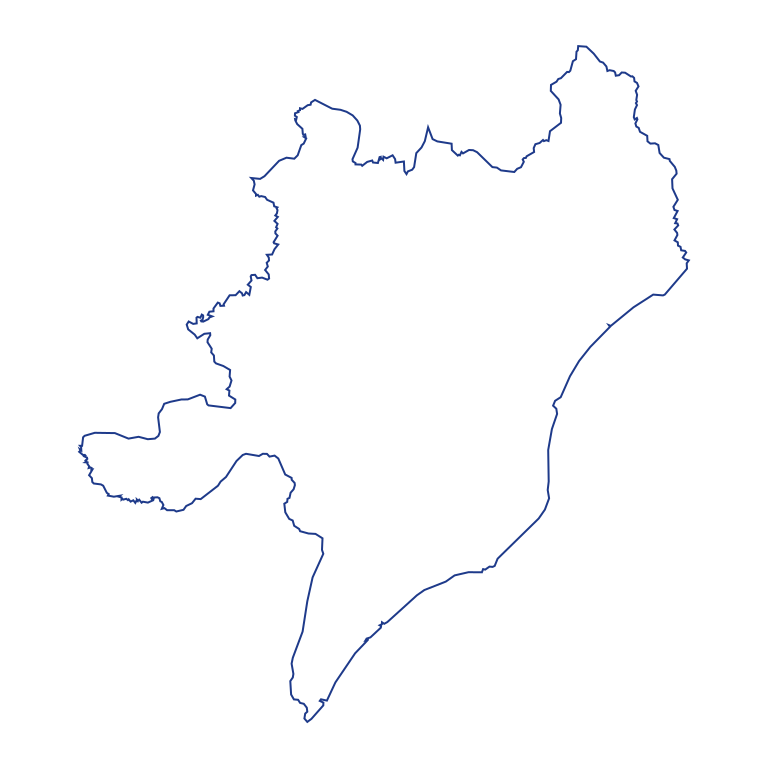 Malaka, Nusa Tenggara Timur, Indonesia
{"feature_id": "22746128B56140662064287", "entity_name": "Malaka", "entity_type": "district", "adm_level": 2, "iso_a3": "IDN", "parent_name": "Indonesia", "parent_adm1": "Nusa Tenggara Timur", "projection": "orthographic", "projection_center": [124.848, -9.546], "detail": "fine", "context": "isolated", "style": "outline", "palette": "blue", "viewbox_px": 768, "rotation_deg": 0, "n_neighbors": 0, "source": "geoboundaries", "source_scale": "gbopen_adm2", "svg_char_len": 6058}
<svg xmlns="http://www.w3.org/2000/svg" viewBox="0 0 768 768"><path d="M315.0,99.9L311.1,102.4L310.6,104.7L307.7,105.2L302.5,108.9L300.0,108.3L300.0,110.2L297.9,111.1L298.4,112.1L295.0,113.3L294.9,115.7L296.8,117.0L296.2,119.6L295.1,119.2L295.3,120.4L297.2,124.1L302.4,128.8L302.8,133.7L303.4,134.9L305.2,134.4L305.6,136.6L304.1,137.0L306.2,138.4L303.7,143.6L301.3,145.1L297.7,155.3L294.3,158.7L286.5,157.7L279.1,160.8L264.5,176.2L260.1,178.9L251.3,178.0L253.8,180.7L254.6,184.4L253.0,190.4L256.0,194.0L256.0,195.6L257.8,194.8L259.3,196.7L261.2,196.1L265.1,197.0L267.1,199.8L273.5,202.7L274.2,206.3L277.4,207.4L276.6,208.3L277.5,210.1L276.9,213.4L275.3,215.5L277.8,216.9L274.4,220.9L277.6,223.9L276.1,227.3L277.4,228.5L275.3,231.4L275.4,233.4L277.6,235.7L273.6,242.2L274.1,243.3L278.2,244.5L274.5,249.2L272.1,254.5L266.9,254.8L268.8,257.6L269.0,260.5L266.7,262.8L267.8,266.5L265.1,270.0L268.7,274.4L269.1,278.5L267.5,279.7L262.1,277.6L257.4,278.2L255.1,274.8L251.5,275.1L250.7,276.4L251.5,280.5L247.8,284.7L250.8,287.0L249.3,294.8L246.1,292.1L244.4,295.1L242.7,295.5L242.0,293.3L239.4,291.2L235.6,295.2L229.6,295.3L223.6,304.3L224.0,305.7L220.4,305.9L219.6,303.3L217.8,302.6L213.5,308.5L213.5,311.3L209.4,311.7L207.8,314.8L212.2,316.4L209.4,317.5L208.4,319.1L203.3,321.6L201.3,321.4L200.9,320.6L202.5,319.8L203.2,317.2L203.1,315.4L201.8,314.6L200.4,317.7L197.5,316.9L196.5,317.7L196.7,323.4L193.2,323.9L188.7,321.5L186.7,324.6L188.2,329.4L194.7,334.6L197.3,338.3L204.3,333.8L210.1,333.2L210.3,335.2L207.7,339.6L207.5,342.2L211.7,348.7L211.2,352.4L213.9,355.5L214.3,361.6L216.0,363.4L223.3,366.0L230.1,370.0L229.6,376.6L231.5,380.5L229.6,386.6L226.7,389.2L229.4,390.6L229.0,395.6L235.3,399.5L235.2,403.0L230.6,408.1L208.5,405.4L207.2,404.3L204.9,396.6L200.1,394.7L187.8,399.4L181.3,399.5L170.4,401.8L164.2,403.8L162.0,409.1L158.7,413.4L158.1,417.3L159.9,432.0L158.4,435.9L154.9,438.6L147.8,439.2L138.6,436.8L128.5,438.6L114.9,433.1L94.8,432.8L84.6,435.8L83.1,437.3L82.1,445.8L80.1,445.8L81.1,447.0L81.3,450.5L79.9,449.4L80.4,450.7L79.2,451.8L83.0,455.0L84.8,454.9L85.4,455.5L84.3,456.4L87.0,457.6L87.3,458.9L84.8,461.1L86.4,460.7L86.6,461.6L85.4,462.3L87.6,462.5L87.4,463.8L89.2,466.4L88.7,468.0L90.6,467.5L91.7,468.1L91.4,469.5L92.5,469.4L89.1,475.2L91.9,478.2L92.3,482.0L93.8,483.5L100.9,484.4L103.2,485.7L106.8,492.8L108.7,494.1L107.9,495.6L113.9,496.7L120.0,495.7L118.8,496.7L121.5,497.4L121.5,499.6L122.4,498.8L123.2,499.6L126.3,498.8L127.9,500.1L128.7,499.3L130.6,501.6L133.3,500.3L135.3,502.9L136.3,500.9L137.3,501.2L137.0,499.6L138.2,500.7L139.2,499.7L141.6,502.7L142.9,501.7L147.9,502.6L152.6,500.5L151.3,498.1L152.5,497.2L153.6,498.9L154.0,497.5L157.5,497.3L159.4,498.2L160.3,501.3L161.8,502.0L163.4,505.0L161.8,508.8L164.4,508.1L167.1,510.2L174.2,510.2L176.3,511.5L183.5,509.8L186.2,506.0L192.0,503.2L195.6,498.7L200.7,499.1L218.0,485.7L220.6,481.6L226.0,477.0L236.5,461.0L242.7,455.0L246.0,453.8L259.0,456.0L262.8,453.8L267.0,453.9L269.5,456.6L274.6,455.6L278.3,458.5L285.2,474.5L291.6,477.9L291.7,479.8L294.6,482.9L294.9,485.1L293.6,489.3L290.6,492.7L289.5,497.9L287.5,498.8L287.2,501.9L284.3,503.7L285.3,512.3L289.2,518.9L292.7,520.5L294.2,525.8L299.2,529.0L300.1,531.2L308.5,533.5L315.5,533.9L322.5,538.3L322.0,549.9L323.3,553.8L312.6,577.4L307.3,601.3L302.6,631.6L292.8,657.8L291.6,663.7L293.4,673.9L292.8,677.5L290.3,681.1L291.1,694.5L293.9,699.4L298.1,699.8L300.1,702.9L303.8,703.8L306.8,707.7L307.3,711.7L305.2,713.6L304.4,718.5L307.3,721.9L311.4,718.9L323.3,705.4L323.4,702.6L319.8,700.9L321.0,699.3L326.9,700.6L335.4,682.4L355.1,653.3L367.8,640.0L367.9,639.1L365.7,640.1L366.6,638.6L370.4,637.4L380.8,627.7L381.1,626.1L379.7,625.3L381.9,624.2L382.0,622.3L384.2,623.8L387.3,622.1L416.9,595.3L424.4,590.0L445.8,581.6L454.6,575.4L468.5,572.2L481.9,572.3L483.1,569.1L485.2,569.6L489.5,566.6L492.6,566.9L494.7,565.9L497.6,558.7L538.7,518.5L544.9,509.6L549.1,498.3L547.7,490.0L548.7,481.5L548.2,450.0L551.9,429.1L557.1,413.9L556.3,408.7L553.1,405.7L555.1,400.8L560.7,397.2L570.0,376.2L579.1,361.0L590.3,346.9L610.0,326.8L608.8,325.1L610.8,325.9L633.5,307.3L653.2,294.6L663.0,295.4L664.8,294.6L687.0,268.7L686.7,263.3L688.8,260.4L685.2,259.4L682.8,257.5L686.2,252.5L685.0,250.9L681.2,250.3L680.5,246.8L678.0,245.6L677.8,242.3L674.5,240.4L677.4,235.0L677.1,232.9L674.4,229.5L678.2,225.4L677.5,223.5L675.2,223.2L677.1,219.2L673.8,218.1L677.6,211.0L674.5,210.0L673.4,206.8L677.8,199.8L672.5,188.4L672.1,179.2L676.6,173.7L676.3,170.6L674.8,166.9L669.8,160.9L669.5,159.1L663.9,157.7L659.6,153.0L658.3,145.0L655.0,143.3L650.4,143.6L647.5,141.3L647.2,135.8L640.0,131.8L638.7,127.9L636.3,126.5L635.4,123.4L637.4,119.4L636.9,118.0L634.7,119.4L633.8,117.2L634.9,109.5L637.0,105.1L635.9,103.1L637.0,101.5L636.3,100.0L637.1,94.8L635.7,90.8L638.5,86.4L637.0,82.9L634.5,81.4L634.1,77.9L632.4,76.3L631.0,76.5L625.1,72.7L621.7,72.5L619.1,75.2L615.8,75.7L615.1,72.4L613.7,71.0L609.6,70.2L607.4,71.0L606.4,66.5L603.1,62.6L599.9,61.5L593.7,53.6L586.4,46.7L578.2,46.1L577.8,50.3L576.5,51.7L576.0,59.2L572.9,61.2L570.3,70.7L568.9,72.1L567.1,71.9L560.9,78.2L558.3,79.0L556.5,81.7L551.0,84.9L550.8,90.9L558.6,99.4L560.6,104.8L559.9,113.5L561.2,118.0L561.0,122.8L550.0,131.2L548.5,141.0L546.3,140.2L543.9,141.1L543.0,140.0L539.6,143.0L535.4,144.2L533.7,148.1L534.1,152.0L526.6,156.3L525.9,157.9L523.9,158.1L522.7,159.5L523.8,161.8L521.0,167.2L517.2,168.8L514.3,172.0L501.0,170.4L496.9,167.6L492.4,167.1L477.1,152.2L473.1,150.2L469.0,150.0L463.0,153.4L461.5,151.9L459.9,155.3L458.7,154.8L457.8,155.6L451.9,150.1L451.6,143.7L437.3,141.4L432.6,139.1L428.1,127.3L424.8,141.2L421.5,147.5L416.3,153.1L414.1,167.1L412.2,169.7L407.9,171.4L406.5,174.1L404.4,171.0L403.9,161.5L395.6,162.7L395.1,159.1L392.6,155.3L386.7,158.3L383.5,156.7L383.1,159.9L381.5,158.4L379.8,159.6L380.5,156.9L379.6,157.1L377.9,163.0L373.0,162.5L372.2,160.5L367.2,161.9L362.2,165.8L361.3,164.6L355.5,164.4L355.5,163.0L352.8,161.4L352.5,159.2L357.6,147.7L360.2,129.3L359.9,125.6L357.3,120.5L352.7,115.4L346.6,111.8L340.5,109.8L332.2,108.7L315.0,99.9Z" fill="none" stroke="#1e3a8a" stroke-width="2"/></svg>